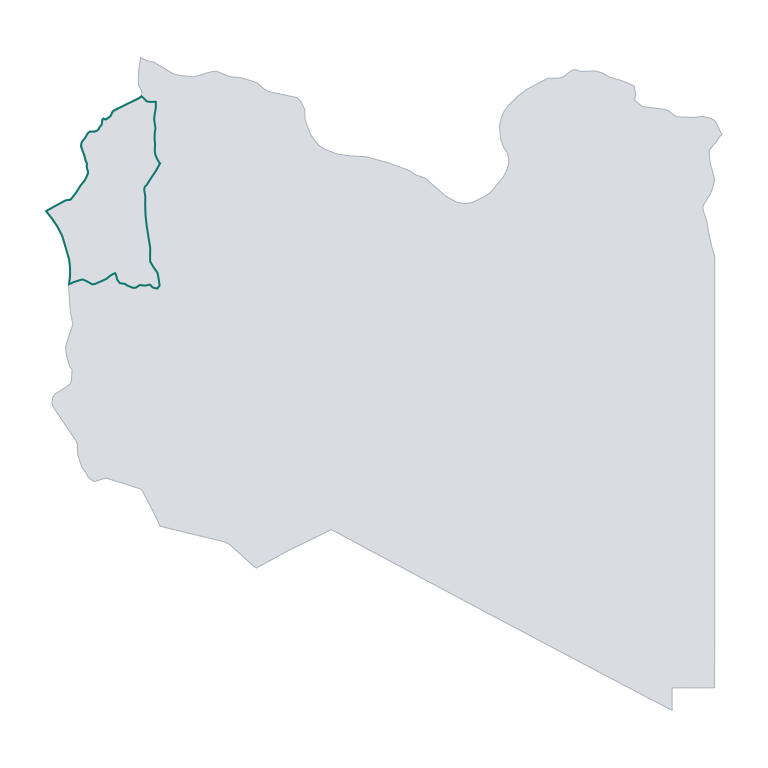 Ghadamis highlighted on a map of Libya
{"feature_id": "LBY-2882", "entity_name": "Ghadamis", "entity_type": "Municipality", "adm_level": 1, "iso_a3": "LBY", "parent_name": "Libya", "parent_adm1": "", "projection": "mercator", "projection_center": [10.859, 30.473], "detail": "fine", "context": "in_parent", "style": "outline", "palette": "teal", "viewbox_px": 768, "rotation_deg": 0, "n_neighbors": 0, "source": "natural_earth", "source_scale": "10m", "svg_char_len": 4572}
<svg xmlns="http://www.w3.org/2000/svg" viewBox="0 0 768 768"><path d="M56.0,205.4L61.1,202.8L68.3,199.9L72.0,197.6L73.6,195.8L79.0,188.1L81.8,183.9L85.7,178.1L87.4,174.0L87.4,170.2L86.8,165.7L83.8,154.8L81.4,144.2L83.3,140.1L84.8,138.1L88.2,133.1L89.5,132.1L96.7,130.6L99.6,127.2L101.8,123.1L102.4,120.9L105.6,118.6L109.3,116.3L111.7,113.3L119.3,108.6L126.2,104.4L134.3,99.9L140.6,96.5L141.9,93.5L141.8,90.9L138.4,84.9L138.4,77.9L138.6,72.0L139.0,68.5L140.5,58.9L140.6,57.6L147.1,60.8L153.7,62.0L173.6,74.0L179.9,75.5L193.8,76.9L210.2,72.0L216.4,71.1L227.1,75.7L231.9,77.0L239.9,77.4L253.5,81.5L257.0,83.0L264.9,89.6L268.8,91.6L297.0,97.6L300.9,101.6L304.8,109.3L305.0,118.8L307.1,125.6L310.6,134.5L314.9,140.8L319.6,146.0L324.9,149.3L337.3,154.1L351.3,156.0L365.4,156.6L389.6,163.2L410.1,170.9L415.1,174.6L425.4,178.3L445.8,196.2L457.2,202.4L465.2,203.6L472.3,202.5L485.0,196.3L490.3,192.7L503.1,177.2L507.2,169.1L508.9,163.4L508.5,157.6L506.9,152.3L503.4,146.8L500.8,139.6L499.4,126.5L501.4,117.4L503.8,111.9L507.7,106.3L518.3,95.6L529.0,88.1L547.8,78.2L558.7,78.1L563.2,77.0L572.2,70.0L575.8,69.7L580.9,71.4L595.7,71.0L602.2,72.9L610.0,77.3L619.8,80.0L626.8,82.7L634.2,86.1L635.8,94.8L635.0,97.3L634.8,100.6L642.5,106.6L664.3,109.3L668.6,110.9L674.6,115.5L678.4,116.9L693.3,117.5L702.0,116.5L710.3,118.1L713.4,119.6L716.6,123.2L720.4,131.8L721.9,134.6L720.3,136.0L717.9,139.0L716.5,141.7L712.5,146.0L709.2,150.6L709.5,157.4L710.3,164.2L712.5,170.9L714.4,178.4L713.9,183.2L712.2,189.2L710.3,194.2L703.9,204.4L702.9,206.8L703.2,210.3L707.1,222.3L707.5,226.1L709.8,237.8L711.9,247.3L714.3,254.8L714.7,256.8L714.7,267.8L714.7,278.7L714.7,289.6L714.7,300.5L714.7,311.3L714.7,322.1L714.7,332.9L714.7,343.7L714.7,354.5L714.7,365.2L714.7,376.0L714.7,386.7L714.7,397.3L714.7,408.0L714.7,418.6L714.7,429.2L714.7,439.8L714.7,450.4L714.7,461.0L714.7,471.5L714.7,482.0L714.7,492.5L714.7,503.0L714.7,513.5L714.7,523.9L714.7,534.4L714.7,544.8L714.7,555.2L714.7,565.5L714.7,575.9L714.7,586.2L714.7,596.6L714.7,619.4L714.7,642.2L714.6,664.9L714.6,687.5L714.4,687.7L714.2,687.8L703.6,687.9L693.1,687.9L682.6,687.8L672.1,687.8L672.1,693.5L672.1,699.2L672.1,704.8L672.1,710.4L651.7,699.7L631.2,689.0L610.8,678.3L590.4,667.5L570.0,656.8L549.6,646.0L529.2,635.2L508.8,624.4L488.4,613.6L468.0,602.7L447.6,591.8L427.1,580.9L406.7,570.0L386.3,559.1L365.9,548.2L345.5,537.2L331.4,529.6L316.2,537.0L304.3,542.8L288.6,550.4L270.6,560.3L256.7,567.9L256.1,567.8L255.4,567.7L241.0,554.8L229.8,544.7L224.8,541.9L203.6,536.8L182.5,531.7L160.3,526.3L156.3,518.0L151.8,508.8L145.7,497.3L142.0,490.2L140.7,489.1L123.7,483.5L105.7,478.0L95.2,481.4L93.3,481.1L90.4,479.0L87.4,476.2L85.8,472.2L81.6,466.8L77.7,454.6L77.3,444.8L76.5,441.4L67.1,427.6L58.6,415.0L53.0,406.6L51.9,402.8L52.5,398.1L54.8,394.0L63.1,389.0L70.5,383.6L71.5,379.8L72.0,369.5L69.5,366.2L67.8,360.1L65.9,351.7L65.7,346.3L69.0,335.7L72.9,324.5L70.4,312.1L68.6,287.1L69.8,267.3L68.8,260.1L68.2,257.1L65.6,247.7L62.5,238.0L61.1,234.6L57.1,226.8L50.5,217.0L47.1,211.1L51.8,207.9L56.0,205.4Z" fill="#d9dde1" stroke="#a8b0b8" stroke-width="1"/><path d="M105.6,119.5L106.4,119.2L107.9,118.1L109.4,117.1L110.8,115.7L112.5,111.7L113.7,110.5L126.8,104.1L138.0,98.8L141.0,96.8L141.5,96.3L141.8,96.5L144.3,98.8L146.5,101.1L148.9,101.9L155.8,101.8L155.8,107.8L154.9,112.9L154.1,119.2L154.9,124.6L155.5,128.3L154.7,133.3L154.6,139.3L155.1,144.3L154.7,150.6L155.4,155.0L157.2,159.0L159.4,163.0L160.1,163.3L156.0,170.7L150.3,179.2L146.8,184.8L144.6,187.2L144.2,190.0L145.3,196.4L145.2,205.1L145.5,215.1L146.7,226.0L148.5,237.4L150.2,247.8L150.1,261.4L153.5,267.2L157.3,272.5L158.3,276.6L159.6,285.4L159.6,285.5L158.8,286.6L157.3,288.6L152.7,287.5L150.0,284.6L145.6,285.5L144.1,285.6L140.1,285.0L138.4,285.9L135.6,287.8L132.9,287.8L127.2,285.5L125.2,284.0L119.8,283.1L117.1,279.6L116.4,276.0L115.2,273.2L112.8,274.1L109.7,276.1L108.9,276.8L106.5,278.8L102.7,280.6L98.9,282.2L95.3,283.9L92.4,284.4L86.3,281.0L82.4,279.4L80.4,280.0L76.5,281.2L73.2,282.3L70.9,283.5L69.1,284.2L70.1,276.1L70.0,266.9L69.1,259.4L65.7,247.7L62.3,236.0L57.3,226.4L51.8,218.3L49.6,215.6L47.1,212.6L46.1,211.0L56.0,205.5L65.5,200.4L66.8,200.1L69.9,199.9L71.0,199.2L76.3,192.3L80.8,185.1L84.7,180.6L87.3,175.1L88.0,173.1L88.0,171.5L86.9,168.0L86.7,166.2L87.0,164.3L86.9,163.4L85.6,160.6L84.3,155.3L81.1,146.8L81.0,145.9L81.5,142.7L82.1,141.5L84.8,138.4L87.7,133.3L89.9,131.6L94.7,131.6L97.0,130.7L97.7,130.1L98.4,129.5L98.9,128.8L99.6,127.0L101.4,125.3L101.9,123.7L102.3,119.7L103.2,118.6L104.1,118.7L104.8,119.2L105.6,119.5Z" fill="none" stroke="#0f766e" stroke-width="2"/></svg>